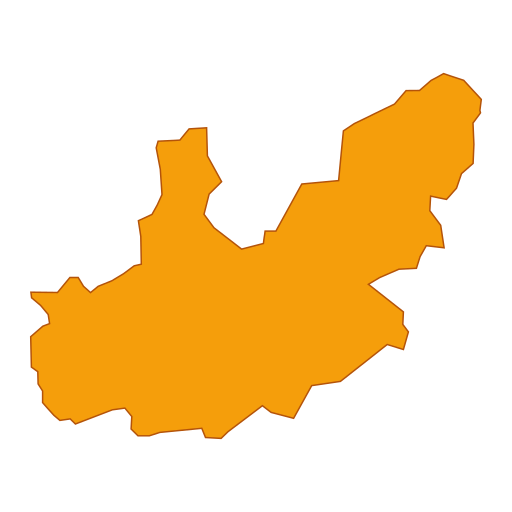 Mirditë, Lezhë, Albania (orthographic projection)
{"feature_id": "67620474B99888539945274", "entity_name": "Mirditë", "entity_type": "district", "adm_level": 2, "iso_a3": "ALB", "parent_name": "Albania", "parent_adm1": "Lezhë", "projection": "orthographic", "projection_center": [19.989, 41.852], "detail": "fine", "context": "isolated", "style": "filled", "palette": "amber", "viewbox_px": 512, "rotation_deg": 0, "n_neighbors": 0, "source": "geoboundaries", "source_scale": "gbopen_adm2", "svg_char_len": 1538}
<svg xmlns="http://www.w3.org/2000/svg" viewBox="0 0 512 512"><path d="M354.3,123.6L343.4,130.9L341.7,148.3L338.6,180.6L301.8,184.0L275.9,231.1L272.0,231.1L268.4,231.1L265.1,231.1L264.6,234.9L264.2,237.3L263.4,243.5L241.6,249.1L214.0,227.8L204.0,214.3L209.1,194.1L221.6,181.7L207.4,155.9L206.6,127.8L202.0,128.1L196.9,128.4L189.1,128.9L185.1,133.7L181.9,137.6L179.9,140.1L175.1,140.4L158.1,141.2L156.2,147.8L160.3,169.3L162.0,194.6L157.3,204.9L152.0,214.4L138.4,220.7L140.8,236.5L141.3,264.2L134.2,265.8L123.6,273.7L111.8,280.8L98.2,286.3L90.5,292.6L83.5,286.3L78.2,277.5L69.9,277.5L57.5,292.5L30.9,292.2L31.6,297.8L40.6,305.4L48.2,314.5L49.6,323.6L42.8,326.2L30.7,336.7L31.4,367.1L37.8,371.7L38.1,383.9L42.6,391.0L42.6,402.6L47.5,408.2L53.9,415.3L59.9,420.4L70.2,418.9L75.4,424.0L112.4,409.8L124.9,408.1L131.8,416.5L131.1,429.0L138.0,435.8L149.3,435.8L159.9,432.4L201.8,428.3L205.5,437.5L221.1,438.4L228.0,431.7L262.4,405.7L271.1,412.4L293.6,418.3L311.7,385.6L340.4,381.4L387.2,344.5L403.4,349.5L408.4,331.9L402.8,324.4L403.4,311.9L368.4,284.3L379.6,277.6L398.9,269.2L416.4,268.3L420.1,256.6L426.3,245.7L444.1,247.8L440.7,225.3L429.8,210.7L430.6,196.1L439.1,197.9L446.5,199.4L449.7,195.9L453.2,191.9L456.5,188.2L461.5,173.6L473.1,163.4L473.9,144.3L473.0,123.0L479.4,114.4L480.5,112.8L479.9,110.4L481.3,99.4L477.9,95.7L472.6,90.0L463.7,80.3L457.6,78.3L450.3,75.9L443.6,73.6L436.8,77.4L431.1,80.4L419.5,90.5L406.1,90.6L394.5,104.1L387.0,107.7L374.0,114.0L365.9,118.0L354.3,123.6Z" fill="#f59e0b" stroke="#b45309" stroke-width="1.5"/></svg>